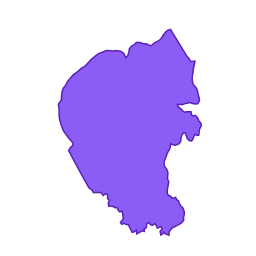 outline of Piripá, Bahia, Brazil, rotated 188°
{"feature_id": "56859067B26394127127445", "entity_name": "Piripá", "entity_type": "district", "adm_level": 2, "iso_a3": "BRA", "parent_name": "Brazil", "parent_adm1": "Bahia", "projection": "equal_earth", "projection_center": [-41.743, -15.002], "detail": "fine", "context": "isolated", "style": "filled", "palette": "violet", "viewbox_px": 256, "rotation_deg": 188, "n_neighbors": 0, "source": "geoboundaries", "source_scale": "gbopen_adm2", "svg_char_len": 2764}
<svg xmlns="http://www.w3.org/2000/svg" viewBox="0 0 256 256"><g transform="rotate(188 128 128)"><path d="M60.0,44.2L60.6,47.2L60.2,50.2L60.8,53.3L62.6,56.6L64.8,58.1L66.6,60.3L67.9,62.9L70.0,64.0L71.2,66.0L73.0,64.9L75.1,65.0L76.4,66.5L78.5,66.8L80.0,68.7L80.5,71.9L80.3,76.3L80.1,80.3L81.9,83.4L82.3,89.6L84.0,92.7L86.4,95.0L87.4,97.7L87.4,100.6L86.8,102.9L86.2,105.2L85.8,107.8L84.9,110.3L83.7,113.1L83.6,115.4L83.2,118.4L81.2,117.7L78.8,117.5L77.0,118.4L75.0,119.8L74.0,122.5L74.1,125.6L73.6,128.9L72.1,131.1L70.4,130.8L68.8,127.7L67.9,125.9L65.9,124.2L63.2,124.0L62.2,126.1L61.6,129.2L60.4,131.2L58.5,130.2L56.9,130.9L57.0,133.5L57.1,136.0L56.6,138.1L55.7,140.5L56.6,143.1L58.8,144.8L60.2,147.4L61.5,148.9L63.5,149.8L65.4,149.1L67.0,149.8L67.8,152.8L69.5,152.7L72.0,152.3L74.1,151.5L76.8,152.9L78.2,154.4L79.8,155.2L81.3,156.4L82.3,158.1L79.7,158.7L77.7,158.6L75.4,159.8L73.7,160.6L71.9,161.1L69.9,162.0L68.2,161.3L65.9,161.1L62.4,161.6L61.0,165.1L61.5,167.2L62.5,169.5L63.5,171.6L64.5,174.9L66.4,177.7L68.2,179.0L69.8,180.8L71.0,184.2L71.6,187.7L71.3,191.6L71.5,195.1L71.4,197.9L71.1,200.1L71.0,203.5L75.3,202.6L77.1,205.1L79.6,207.2L84.9,213.6L99.7,231.6L102.2,230.3L103.8,228.8L104.7,227.0L106.1,225.0L106.8,222.9L108.0,220.7L109.7,218.7L111.5,217.5L113.1,216.4L114.6,214.9L116.1,212.9L118.7,212.9L120.8,213.8L123.0,213.8L125.1,213.7L127.2,214.2L129.5,214.3L131.7,213.8L133.4,211.3L135.9,209.7L137.6,206.8L137.7,203.3L138.4,199.3L140.2,197.3L141.8,200.5L143.8,202.1L145.7,202.9L148.1,203.1L150.7,203.0L153.5,202.1L157.4,202.0L160.4,201.7L162.4,200.4L164.5,199.2L167.6,197.5L170.2,194.9L173.9,190.9L177.5,185.6L179.6,182.8L182.8,180.4L185.5,177.1L189.8,172.8L191.9,169.6L194.4,165.5L195.4,162.5L196.3,160.5L197.6,158.4L198.2,155.9L198.3,153.6L198.3,150.4L197.8,146.9L199.2,144.0L200.3,141.8L199.3,138.6L198.5,135.2L198.2,131.9L197.7,129.7L197.0,127.2L196.1,125.1L194.6,121.7L192.9,118.7L191.7,116.4L190.2,114.7L188.1,112.8L186.5,110.8L184.1,108.8L181.9,106.9L180.3,105.4L180.2,103.0L182.3,100.6L183.7,97.4L166.6,74.1L158.5,63.5L157.0,62.5L154.7,61.3L153.3,59.1L151.1,59.6L148.4,59.9L146.3,60.4L144.7,59.4L143.3,57.7L140.8,60.0L138.9,58.9L138.4,55.3L136.4,53.8L137.1,51.0L136.2,47.9L132.8,48.5L129.7,47.2L127.9,47.8L126.3,45.2L124.6,43.8L122.1,44.8L121.0,40.9L120.0,37.8L120.8,35.8L122.4,33.5L120.8,31.8L118.8,33.0L115.8,32.1L113.9,32.6L113.1,30.5L111.2,28.0L109.5,25.3L107.5,26.0L105.4,28.1L104.6,24.4L102.5,25.9L99.9,28.1L97.4,27.9L97.9,30.2L96.0,31.9L96.1,35.9L94.0,37.3L92.5,35.5L90.4,35.0L88.1,37.0L86.2,35.3L85.1,33.0L83.6,33.8L82.0,34.9L80.0,32.7L81.8,30.1L80.6,26.6L78.8,28.0L77.9,29.9L76.1,28.3L72.5,27.6L72.9,30.4L72.0,32.6L70.4,35.1L67.8,36.9L65.5,38.7L63.9,39.7L61.9,41.5L60.0,44.2Z" fill="#8b5cf6" stroke="#5b21b6" stroke-width="1.5"/></g></svg>